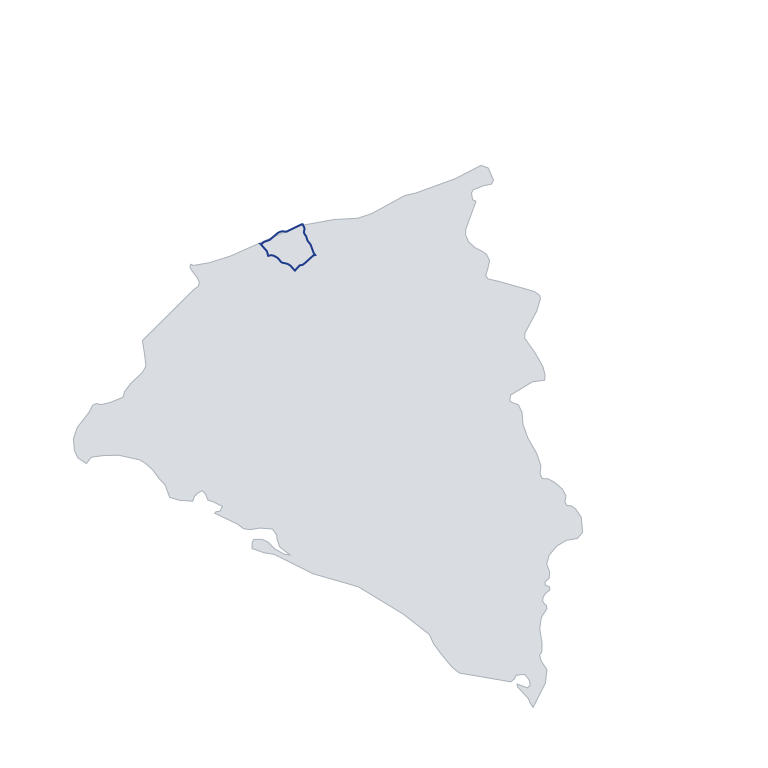 Carazo highlighted on a map of Nicaragua, rotated 113°
{"feature_id": "NIC-654", "entity_name": "Carazo", "entity_type": "Department", "adm_level": 1, "iso_a3": "NIC", "parent_name": "Nicaragua", "parent_adm1": "", "projection": "natural_earth1", "projection_center": [-86.252, 11.738], "detail": "fine", "context": "in_parent", "style": "outline", "palette": "blue", "viewbox_px": 768, "rotation_deg": 113, "n_neighbors": 0, "source": "natural_earth", "source_scale": "10m", "svg_char_len": 2928}
<svg xmlns="http://www.w3.org/2000/svg" viewBox="0 0 768 768"><g transform="rotate(113 384 384)"><path d="M623.5,120.4L620.5,125.0L617.3,128.0L610.6,142.8L608.2,144.2L607.7,133.2L603.7,131.7L599.0,135.6L596.4,141.3L600.5,148.6L604.2,148.7L608.6,150.8L620.6,201.6L618.1,210.7L610.8,224.8L603.8,236.8L596.9,244.3L588.3,276.3L580.7,328.4L586.4,375.1L583.7,418.3L586.2,428.5L587.0,441.2L581.2,443.5L577.9,443.1L574.6,435.3L574.9,428.5L578.4,420.4L579.7,409.5L578.1,403.8L574.7,416.3L568.8,421.8L564.9,423.7L561.1,430.0L565.1,441.9L570.4,450.5L572.1,456.7L570.2,464.1L569.1,489.4L567.2,488.7L565.3,485.3L559.8,485.0L559.2,495.2L559.6,500.9L555.0,505.3L553.3,509.7L557.1,512.7L561.4,514.6L566.6,514.2L570.9,526.7L572.2,536.9L562.3,546.2L559.0,554.0L553.4,563.4L550.2,572.7L549.3,579.3L553.2,600.4L560.0,615.3L565.8,624.8L573.5,626.9L571.7,636.8L566.0,643.2L555.5,648.5L544.0,649.4L525.1,644.4L517.4,643.9L514.4,641.2L513.5,636.3L508.1,628.9L498.2,619.1L492.5,619.8L483.2,617.6L467.7,610.9L460.6,610.1L450.3,615.9L438.4,623.4L409.7,611.6L389.5,603.4L371.3,595.9L366.5,593.1L362.5,593.7L359.1,597.6L355.1,604.5L353.9,606.5L351.8,608.4L349.4,608.9L349.3,605.6L340.4,591.9L326.3,575.4L272.2,524.9L252.4,494.7L241.7,472.9L231.6,461.6L202.4,438.5L195.7,429.2L166.8,398.3L144.8,380.1L144.5,372.4L153.6,362.8L158.0,363.2L162.8,370.1L170.6,378.0L174.3,378.0L179.8,374.4L179.9,370.7L209.5,369.2L214.8,367.2L220.2,361.5L222.9,353.5L223.4,345.9L224.5,340.4L229.2,335.0L237.9,333.4L244.6,332.8L246.6,329.2L244.6,317.5L241.0,289.2L240.2,281.3L241.5,275.4L244.2,273.3L257.3,271.9L282.0,274.2L286.8,272.5L296.8,256.4L306.0,244.5L312.6,239.3L317.8,237.6L323.8,248.1L344.7,263.2L348.3,262.3L350.3,261.4L351.0,259.3L350.6,252.3L355.9,246.0L366.7,240.4L377.6,230.4L388.5,216.0L398.1,207.6L406.1,205.1L409.2,201.2L407.2,195.9L407.9,188.4L411.1,178.6L415.7,172.9L421.9,171.4L424.3,168.3L423.0,163.7L424.2,158.7L429.7,150.3L442.9,143.2L450.5,145.6L456.8,155.2L465.7,161.7L477.2,165.1L486.1,163.9L492.5,157.9L498.2,156.1L503.3,158.4L505.9,157.1L506.2,152.1L508.8,150.9L513.8,153.6L518.2,154.3L522.1,153.0L523.6,150.6L524.4,148.0L527.2,146.2L537.2,148.0L548.3,145.1L560.6,137.4L568.8,134.0L572.8,134.9L577.7,131.0L583.3,122.4L596.2,118.6L623.5,120.4Z" fill="#d9dde1" stroke="#a8b0b8" stroke-width="1"/><path d="M303.5,552.1L303.4,551.7L300.1,550.0L296.1,545.6L286.3,540.7L284.7,539.3L283.2,537.4L282.0,533.4L269.3,522.3L268.7,521.4L271.3,518.4L272.4,517.6L273.2,517.6L273.9,517.5L275.1,517.1L275.7,516.9L276.1,516.7L277.4,515.2L278.5,513.3L281.4,510.9L282.2,510.0L284.3,506.1L290.9,499.9L292.2,497.7L293.3,499.3L303.1,503.8L306.2,505.5L307.6,507.7L307.8,508.0L313.5,510.0L314.4,510.3L313.9,511.6L311.7,516.1L311.1,519.2L311.5,522.3L312.0,524.4L312.0,525.8L311.7,526.9L310.5,529.0L309.5,531.2L309.0,535.1L309.2,536.9L309.4,538.0L311.3,540.7L307.6,543.6L307.3,544.1L306.6,545.6L303.5,552.1L303.5,552.1Z" fill="none" stroke="#1e3a8a" stroke-width="2"/></g></svg>